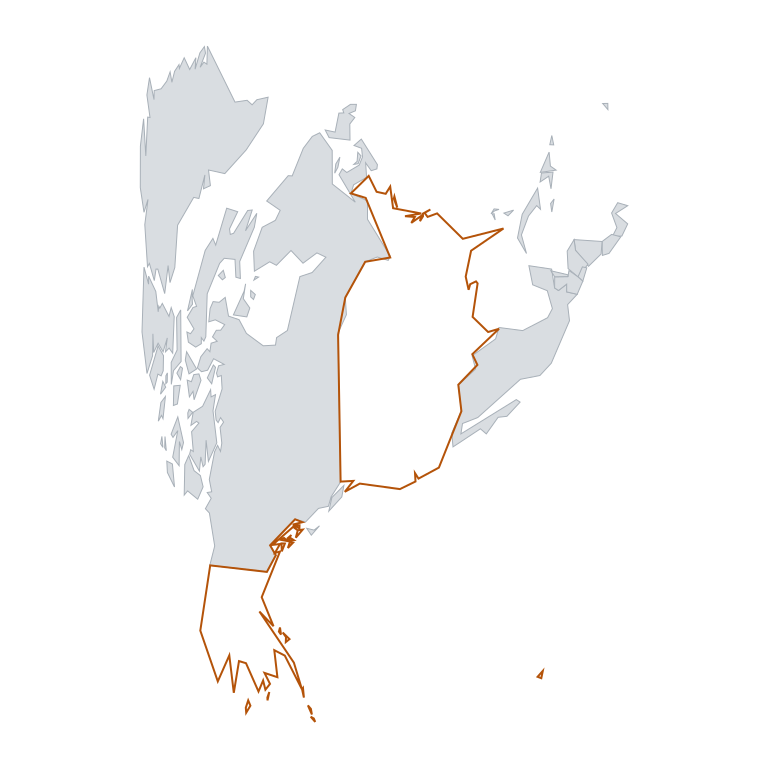 North America, with United States of America highlighted, rotated 270°
{"feature_id": "USA", "entity_name": "United States of America", "entity_type": "country or territory", "adm_level": 0, "iso_a3": "USA", "parent_name": "North America", "parent_adm1": "", "projection": "robinson", "projection_center": [-126.716, 45.186], "detail": "medium", "context": "in_parent", "style": "outline", "palette": "amber", "viewbox_px": 768, "rotation_deg": 270, "n_neighbors": 17, "source": "natural_earth", "source_scale": "50m", "svg_char_len": 9358}
<svg xmlns="http://www.w3.org/2000/svg" viewBox="0 0 768 768"><g transform="rotate(270 384 384)"><path d="M286.1,340.6L271.2,331.1L261.7,328.4L259.6,318.5L246.0,305.5L248.8,295.0L222.7,270.1L212.7,275.8L196.1,266.8L202.7,209.8L222.0,214.7L255.0,209.4L259.3,205.4L269.7,211.2L275.5,207.2L276.2,211.7L288.5,209.3L316.3,214.6L322.6,217.6L316.6,220.5L324.9,221.8L340.6,220.1L345.9,223.6L350.4,220.6L345.4,218.1L348.0,216.1L356.8,215.2L379.1,222.1L392.5,221.3L391.1,217.6L394.8,216.5L402.2,218.6L403.6,224.2L409.3,213.6L397.8,207.6L396.3,201.5L400.1,197.4L411.2,200.8L419.3,207.1L416.3,209.9L424.8,211.1L426.7,217.2L431.1,212.5L437.7,216.3L437.8,220.7L443.4,224.7L448.2,215.3L446.2,208.8L459.4,210.1L466.4,213.1L465.7,219.2L470.6,225.2L451.9,228.5L448.3,239.1L434.6,246.4L422.2,263.2L422.9,275.5L430.4,276.6L437.5,287.4L491.4,299.9L495.5,312.2L510.8,325.9L515.1,316.9L504.8,303.0L517.5,291.0L502.7,276.4L506.2,269.7L496.8,254.4L516.8,253.6L540.7,262.2L547.7,275.4L557.7,280.2L567.0,266.7L592.3,288.2L592.1,292.2L619.7,303.3L631.6,312.3L635.2,319.7L617.6,332.2L584.0,332.3L565.8,355.3L593.3,339.0L599.1,342.3L595.5,346.8L602.9,359.2L611.0,362.5L619.7,361.6L622.5,354.0L628.9,361.3L603.4,377.4L599.1,376.9L597.3,371.2L605.2,365.6L590.7,366.6L583.2,353.6L574.6,351.0L567.1,367.5L548.7,367.5L511.9,390.2L507.6,388.2L511.0,377.3L506.2,365.2L470.5,345.3L453.3,346.4L434.9,338.0L286.1,340.6ZM468.5,253.5L471.1,250.7L477.6,250.7L473.5,255.3L468.5,253.5ZM463.8,192.5L457.1,187.5L478.6,192.4L469.5,192.1L463.8,192.5ZM490.9,258.6L487.9,253.9L491.6,255.4L490.9,258.6ZM401.4,180.4L399.8,182.5L388.3,180.6L394.9,176.9L401.4,180.4ZM395.1,167.4L385.9,167.2L384.3,165.8L392.2,165.9L395.1,167.4ZM373.8,160.5L386.6,162.8L380.8,165.7L373.8,160.5ZM458.1,180.7L406.5,181.1L397.4,173.5L383.6,171.3L405.6,171.2L418.0,177.1L450.5,176.6L458.1,180.7ZM320.2,164.7L331.5,165.0L317.3,166.3L320.2,164.7ZM324.2,160.6L331.6,161.9L320.6,162.9L324.2,160.6ZM638.0,325.2L635.9,335.1L654.9,338.9L655.1,343.8L658.4,342.7L663.6,350.4L663.6,356.4L657.2,355.4L654.5,349.0L650.5,354.8L644.0,349.8L627.9,350.0L630.4,329.1L638.0,325.2ZM453.1,233.4L476.8,244.1L484.2,245.6L469.3,243.3L460.0,249.8L451.1,246.8L453.1,233.4ZM461.6,196.6L472.2,192.8L517.6,205.2L529.6,212.9L522.9,215.7L559.8,226.7L556.3,237.7L539.1,229.5L533.6,230.3L534.7,233.6L557.5,247.7L558.0,252.2L537.2,245.5L554.7,256.8L540.7,254.3L506.5,239.7L489.5,240.4L490.8,235.9L508.6,235.0L509.7,224.2L504.6,219.6L474.2,207.2L431.2,205.8L426.9,203.9L430.4,201.3L424.3,201.3L420.9,195.7L425.8,188.4L436.0,186.9L434.3,190.5L439.1,194.0L450.7,187.2L460.5,193.0L461.6,196.6ZM394.1,189.0L407.9,185.3L416.3,186.6L399.0,196.6L394.1,189.0ZM281.0,174.5L295.5,167.4L306.9,166.8L304.0,172.4L281.0,174.5ZM232.8,311.3L239.7,306.7L237.9,314.1L242.2,319.5L232.8,311.3ZM346.8,158.3L365.5,160.9L371.5,165.4L349.3,163.0L352.6,161.5L346.8,158.3ZM282.6,343.9L271.1,341.8L256.8,328.8L270.5,331.9L282.6,343.9ZM272.9,184.2L303.5,184.8L312.4,188.7L297.3,194.1L292.4,200.4L281.2,203.1L268.8,197.7L277.1,187.6L272.9,184.2ZM333.8,171.1L351.1,177.8L325.4,183.5L318.4,181.8L326.5,179.4L302.3,179.1L310.8,172.7L337.4,177.8L330.6,173.0L333.8,171.1ZM342.6,190.9L355.7,193.2L361.7,202.6L378.3,210.6L371.1,211.1L373.4,215.5L357.2,213.0L325.2,216.8L306.6,208.4L327.8,206.1L303.8,205.1L301.3,203.1L311.1,200.8L296.9,199.4L313.8,189.6L318.3,190.7L316.5,193.3L336.3,191.6L344.9,198.9L346.6,196.6L342.6,190.9ZM376.6,193.0L371.1,189.4L387.9,187.2L386.3,191.4L393.4,193.8L394.1,198.9L387.7,201.0L368.2,194.1L376.6,193.0ZM349.6,188.0L355.1,187.8L358.6,189.1L355.7,192.7L349.6,188.0ZM362.5,173.4L382.1,173.8L382.7,180.2L364.0,177.4L362.5,173.4ZM378.8,154.1L392.8,149.6L422.1,158.1L412.3,163.5L397.2,163.2L392.1,161.1L393.9,157.9L378.8,154.1ZM394.5,147.0L436.1,142.0L500.9,144.0L483.8,148.6L491.9,148.6L476.5,155.8L456.2,158.2L461.9,158.8L459.9,159.8L464.6,162.3L451.6,169.0L460.4,171.2L451.4,174.2L414.8,172.7L419.9,169.1L416.2,165.5L430.1,167.3L416.2,163.1L424.8,158.1L415.5,153.7L434.2,152.9L412.4,152.6L394.5,147.0ZM497.7,223.3L490.5,225.3L488.2,222.4L492.5,218.3L497.7,223.3ZM390.1,207.3L403.0,213.4L400.7,215.5L384.2,211.7L390.1,207.3ZM594.8,334.7L604.0,335.8L610.9,339.9L600.8,337.9L594.8,334.7ZM603.6,353.8L606.6,357.1L615.7,357.8L612.1,361.0L604.3,358.1L603.6,353.8Z" fill="#d9dde1" stroke="#a8b0b8" stroke-width="1"/><path d="M595.0,541.5L595.9,553.0L579.2,551.0L591.8,548.7L586.0,540.1L595.0,541.5Z" fill="#d9dde1" stroke="#a8b0b8" stroke-width="1"/><path d="M597.9,556.1L595.6,540.3L615.9,549.1L601.9,550.4L597.9,556.1Z" fill="#d9dde1" stroke="#a8b0b8" stroke-width="1"/><path d="M548.0,495.2L553.9,492.3L554.3,494.1L548.0,495.2ZM554.1,491.0L559.1,494.1L558.6,499.0L557.1,494.5L554.1,491.0ZM552.2,508.0L554.9,503.9L557.9,513.6L552.2,508.0Z" fill="#d9dde1" stroke="#a8b0b8" stroke-width="1"/><path d="M555.7,144.0L580.4,140.3L621.8,140.4L649.2,143.6L612.1,145.8L650.9,147.7L650.5,150.0L673.0,146.9L690.3,149.5L668.4,154.0L677.4,154.2L679.2,161.1L686.9,166.8L696.1,170.1L685.7,171.9L696.7,174.6L703.4,179.0L699.6,179.4L710.2,184.2L698.5,189.7L710.3,195.9L698.8,195.1L715.1,199.9L721.4,204.4L714.8,205.5L700.7,200.1L705.9,203.9L703.8,206.9L721.9,207.4L665.9,235.0L667.7,247.1L663.2,252.1L668.3,256.9L670.8,268.1L644.2,263.4L618.1,246.2L594.4,224.8L598.0,208.5L582.4,210.4L579.2,203.5L593.1,204.9L569.5,198.9L570.6,193.7L542.8,177.6L500.5,174.8L485.4,170.0L502.5,168.1L474.4,164.7L498.9,157.8L498.9,156.0L487.4,154.3L504.6,149.4L501.3,147.5L543.4,144.8L568.6,148.0L555.7,144.0Z" fill="#d9dde1" stroke="#a8b0b8" stroke-width="1"/><path d="M321.1,453.0L335.0,451.8L356.9,461.3L383.0,458.4L399.0,475.6L412.2,472.1L429.1,495.6L440.5,499.0L437.4,522.7L450.3,547.6L459.4,552.4L477.3,547.3L483.2,532.7L502.3,528.9L498.9,551.6L480.1,554.6L477.5,558.5L483.9,566.7L476.1,566.7L473.7,577.2L463.4,567.6L447.3,569.5L404.8,551.3L392.5,539.9L388.7,520.4L350.5,477.8L344.5,462.5L334.1,460.9L368.4,516.3L365.9,520.1L351.7,506.9L350.7,498.1L334.1,486.3L339.2,480.4L321.1,453.0Z" fill="#d9dde1" stroke="#a8b0b8" stroke-width="1"/><path d="M565.3,617.7L562.3,627.7L554.5,615.5L544.1,627.7L532.0,621.9L531.2,612.2L540.4,616.9L555.0,611.6L565.3,617.7Z" fill="#d9dde1" stroke="#a8b0b8" stroke-width="1"/><path d="M533.6,611.6L531.2,620.8L514.6,609.0L512.6,602.4L526.5,602.1L533.6,611.6Z" fill="#d9dde1" stroke="#a8b0b8" stroke-width="1"/><path d="M526.5,602.1L514.0,601.1L501.7,588.5L517.7,575.5L528.4,574.1L526.5,602.1Z" fill="#d9dde1" stroke="#a8b0b8" stroke-width="1"/><path d="M528.4,574.1L517.7,575.5L503.8,588.0L491.1,578.0L499.4,568.1L516.9,567.2L528.4,574.1Z" fill="#d9dde1" stroke="#a8b0b8" stroke-width="1"/><path d="M491.1,578.0L501.1,582.4L500.2,586.8L486.8,582.8L491.1,578.0Z" fill="#d9dde1" stroke="#a8b0b8" stroke-width="1"/><path d="M473.7,577.2L476.1,566.7L483.9,566.7L477.5,558.5L480.1,554.6L491.2,554.7L491.4,567.9L497.5,569.0L491.1,578.0L486.8,582.8L473.7,577.2Z" fill="#d9dde1" stroke="#a8b0b8" stroke-width="1"/><path d="M491.2,554.7L497.2,550.9L493.2,567.9L491.4,567.9L491.2,554.7Z" fill="#d9dde1" stroke="#a8b0b8" stroke-width="1"/><path d="M623.3,549.8L632.5,551.8L623.1,553.7L623.3,549.8Z" fill="#d9dde1" stroke="#a8b0b8" stroke-width="1"/><path d="M556.0,551.8L564.5,550.6L569.0,554.1L556.0,551.8Z" fill="#d9dde1" stroke="#a8b0b8" stroke-width="1"/><path d="M530.0,517.5L553.7,522.2L579.9,537.6L558.7,540.5L562.4,536.7L552.0,528.5L533.1,521.4L514.5,526.5L530.0,517.5Z" fill="#d9dde1" stroke="#a8b0b8" stroke-width="1"/><path d="M658.4,607.9L664.5,602.7L664.6,607.8L658.4,607.9Z" fill="#d9dde1" stroke="#a8b0b8" stroke-width="1"/><path d="M510.5,390.2L570.1,365.7L574.6,350.9L592.1,368.7L576.2,376.6L574.2,385.7L581.4,390.2L559.8,393.1L554.5,421.2L551.8,405.0L551.0,414.8L545.1,411.3L552.6,421.9L552.0,422.3L550.4,420.8L546.8,420.0L551.7,423.0L554.4,422.9L558.5,430.4L555.1,424.6L551.1,427.6L554.6,437.1L529.2,462.8L539.5,503.5L517.3,471.1L491.4,465.7L478.2,468.6L483.8,470.2L486.6,476.0L484.6,477.6L451.1,472.6L436.0,488.1L439.2,499.0L413.8,472.3L403.1,477.4L383.3,458.3L356.8,461.4L300.4,438.9L289.4,418.5L294.9,415.0L286.5,415.5L278.9,399.9L284.4,359.8L276.2,344.8L287.1,353.3L286.4,340.6L433.1,338.1L470.5,345.3L506.2,365.2L510.5,390.2ZM248.7,295.1L245.8,302.4L243.7,293.9L239.9,295.2L238.1,297.2L241.1,293.1L223.1,272.5L224.0,280.0L215.0,274.9L216.5,280.0L170.8,261.7L141.8,273.5L156.5,259.4L105.3,293.9L78.8,301.9L112.4,284.8L117.8,274.3L90.8,277.4L95.1,264.5L84.1,270.0L78.3,265.4L87.5,263.1L76.5,258.5L104.8,246.0L106.9,239.0L75.2,233.8L112.6,229.3L86.6,217.8L137.4,200.3L202.6,210.2L196.1,266.9L212.7,275.8L222.7,270.1L248.7,295.1ZM135.5,282.7L128.9,289.5L125.9,285.8L130.9,286.0L135.5,282.7ZM230.3,295.8L237.8,297.8L238.4,302.7L230.3,295.8ZM97.1,542.8L89.8,541.3L91.2,537.6L97.1,542.8ZM55.3,246.2L60.3,245.8L67.6,248.2L62.3,250.4L55.3,246.2ZM216.6,281.8L224.6,281.5L224.5,284.9L216.6,281.8ZM70.5,267.4L76.0,269.3L67.6,267.5L70.5,267.4ZM220.0,287.9L225.8,289.8L225.3,293.0L220.0,287.9ZM226.9,287.6L228.2,280.7L230.1,284.0L226.9,287.6ZM70.4,303.9L78.6,302.1L79.9,303.0L70.4,303.9ZM242.5,294.7L242.7,299.5L239.6,299.4L242.5,294.7ZM569.4,393.8L571.6,394.4L560.4,397.3L569.4,393.8ZM229.7,287.6L233.0,291.4L229.1,287.9L229.7,287.6ZM53.5,311.9L62.6,307.9L59.1,310.9L53.5,311.9ZM136.4,278.9L140.5,280.0L133.4,281.0L136.4,278.9ZM227.1,289.0L230.2,290.2L227.8,293.9L227.1,289.0ZM51.3,310.7L49.5,313.8L46.1,315.2L51.3,310.7Z" fill="none" stroke="#b45309" stroke-width="2"/></g></svg>